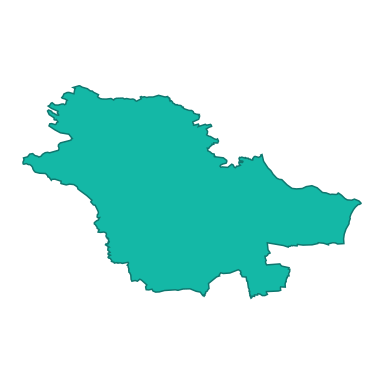 outline of Ardee Lea-6, Louth, Ireland
{"feature_id": "5873133B98086602368419", "entity_name": "Ardee Lea-6", "entity_type": "district", "adm_level": 2, "iso_a3": "IRL", "parent_name": "Ireland", "parent_adm1": "Louth", "projection": "robinson", "projection_center": [-6.488, 53.872], "detail": "fine", "context": "isolated", "style": "filled", "palette": "teal", "viewbox_px": 384, "rotation_deg": 0, "n_neighbors": 0, "source": "geoboundaries", "source_scale": "gbopen_adm2", "svg_char_len": 5953}
<svg xmlns="http://www.w3.org/2000/svg" viewBox="0 0 384 384"><path d="M204.1,296.2L205.0,295.1L204.6,294.4L205.5,293.6L205.6,292.2L207.4,290.9L207.9,289.6L209.0,288.6L208.5,283.5L216.6,276.9L219.6,275.9L219.2,275.1L220.7,272.8L223.3,273.5L229.9,273.0L238.3,269.7L240.6,271.1L240.5,271.7L241.0,272.7L240.4,273.8L241.2,274.6L242.2,276.7L246.2,277.1L246.7,281.0L247.5,281.2L248.4,287.8L249.2,289.0L249.1,291.4L249.7,291.4L249.6,293.5L250.3,295.3L249.9,295.4L251.0,298.2L251.9,297.5L252.1,296.2L254.5,296.4L254.4,295.0L257.6,295.0L257.6,294.1L257.9,293.7L260.3,294.2L262.3,295.6L264.8,295.6L267.4,294.4L266.5,292.8L266.4,291.6L278.4,291.0L280.7,290.3L280.4,287.9L280.6,286.9L285.3,287.1L285.1,283.9L285.7,281.8L286.7,281.7L285.9,281.4L286.7,277.8L287.3,277.7L287.5,276.1L289.7,275.8L289.0,275.8L288.6,273.7L289.7,271.5L289.8,269.3L288.5,269.1L289.0,267.7L282.1,266.2L281.1,265.6L279.9,263.9L266.6,264.9L265.7,263.1L265.5,261.6L266.2,260.5L265.3,258.3L265.0,256.2L266.2,256.2L267.5,255.2L268.4,253.6L269.9,253.3L269.9,252.5L268.0,249.8L267.3,242.8L283.4,245.5L288.2,247.1L288.4,246.4L290.1,246.3L291.7,245.4L292.3,245.8L293.2,245.5L297.1,245.9L297.4,244.4L303.0,245.1L312.2,244.8L317.9,243.5L318.2,242.7L323.5,243.2L328.4,244.8L328.3,243.9L332.7,242.7L335.4,242.9L337.6,244.0L343.9,243.6L343.6,238.9L344.2,234.3L346.0,229.0L349.0,223.8L349.1,221.7L350.2,218.7L349.9,217.2L351.0,214.1L353.4,209.7L355.3,207.2L358.1,204.6L359.5,204.4L361.0,203.5L360.8,202.8L359.0,201.0L354.4,199.1L351.7,200.2L347.3,199.9L344.9,198.5L341.5,195.2L338.4,193.0L337.3,193.6L337.9,193.6L337.8,193.9L336.1,194.5L332.0,194.2L330.4,194.5L326.1,192.9L322.5,192.5L317.2,187.8L311.9,185.7L306.3,186.6L302.3,188.5L296.4,188.9L292.0,188.4L287.1,184.9L281.8,179.6L279.1,179.3L276.7,178.1L273.0,174.1L270.9,170.7L268.0,168.0L263.6,161.3L262.0,154.5L260.7,155.1L261.1,155.9L260.3,156.6L258.6,157.4L255.2,156.4L254.3,156.6L252.6,158.8L252.9,159.8L252.5,160.1L251.3,160.0L249.9,159.0L249.1,159.2L248.0,158.1L247.1,158.4L245.4,157.6L245.3,158.2L241.8,157.1L240.1,157.7L239.7,157.4L239.0,158.3L239.6,160.7L242.6,161.1L242.9,161.3L242.8,161.9L242.4,162.5L238.9,162.2L239.1,163.9L240.4,165.3L237.6,166.3L236.8,166.1L235.4,167.7L234.4,167.3L233.0,164.8L231.7,164.2L227.8,167.4L222.1,166.9L220.9,167.3L220.0,166.1L220.6,165.1L222.8,164.0L226.1,163.2L226.8,161.7L226.7,160.4L223.3,157.8L214.4,156.7L214.3,156.3L215.0,156.2L214.3,155.5L214.2,154.1L211.8,153.5L210.4,152.1L207.7,150.7L207.8,149.7L207.3,148.2L208.8,148.3L209.6,147.0L212.1,144.9L212.0,144.3L213.8,144.3L213.7,142.9L217.7,143.0L218.5,141.1L217.5,138.9L216.5,139.5L214.4,138.9L210.4,136.5L208.8,136.2L206.6,134.8L207.4,133.2L207.6,131.4L206.2,129.0L209.2,127.2L211.6,126.4L211.3,125.2L210.5,124.4L206.6,125.2L205.3,124.3L198.3,126.6L198.9,125.4L198.4,124.1L193.8,125.3L193.5,125.1L193.6,123.9L192.8,122.9L192.8,121.9L198.6,119.3L199.5,116.8L199.6,115.9L198.7,115.6L199.2,114.5L196.3,114.2L193.7,113.1L193.2,111.6L191.7,110.5L188.9,110.4L184.3,108.8L183.3,108.0L183.3,107.2L182.3,107.3L181.9,106.4L180.8,105.5L177.9,105.2L177.0,104.6L176.4,104.9L175.0,104.6L174.7,104.0L172.6,102.8L172.5,102.0L171.4,100.8L170.9,100.6L170.2,101.2L169.5,99.8L170.0,99.2L169.5,98.0L168.5,97.9L167.7,96.5L165.1,97.0L158.6,95.3L153.2,97.0L148.9,97.0L146.8,97.5L144.2,96.7L142.7,97.2L141.3,96.5L140.3,97.0L141.2,98.8L136.5,101.2L135.2,100.5L134.8,99.7L132.9,99.0L130.5,99.3L126.6,98.5L124.5,99.0L122.9,98.1L116.3,98.3L114.5,99.0L113.7,100.0L111.0,98.5L106.3,99.1L102.3,99.0L100.3,98.6L98.3,97.4L97.6,96.6L98.5,94.7L93.6,92.3L92.4,91.1L90.3,90.9L87.4,88.7L82.2,87.2L79.8,85.8L78.9,85.8L73.1,87.5L75.2,88.5L74.8,89.1L73.9,93.8L68.9,92.4L67.1,92.5L64.0,93.9L62.9,96.3L61.7,97.6L62.2,98.2L65.0,99.0L67.2,100.3L66.5,100.9L65.7,104.1L64.5,104.7L63.6,104.0L62.0,104.0L58.2,105.1L55.0,105.0L52.1,102.7L50.9,103.4L49.8,105.2L48.2,106.1L51.5,108.4L58.1,111.3L57.3,113.0L58.6,114.4L58.6,115.3L56.4,114.9L53.8,113.2L52.4,112.9L51.7,111.4L49.2,110.2L48.5,110.0L47.5,111.0L49.2,114.6L54.1,117.8L54.1,119.6L55.2,120.1L56.2,119.5L58.0,121.9L56.6,122.8L56.1,124.1L55.2,124.6L51.6,123.6L49.8,123.8L49.0,125.9L54.8,129.8L60.4,132.8L68.8,134.2L72.3,138.6L71.3,139.0L70.9,140.2L60.4,142.9L58.5,144.7L58.3,146.3L58.9,147.5L59.0,149.0L58.4,150.3L49.6,152.8L47.6,152.3L45.2,152.7L42.4,154.4L41.2,156.1L38.8,157.1L37.8,156.3L34.8,155.5L32.7,153.6L29.7,154.1L27.6,156.8L23.5,157.9L24.0,159.8L23.0,162.1L23.1,163.8L23.8,164.2L26.3,163.6L28.4,164.6L29.8,164.6L31.2,165.6L32.4,167.0L33.0,169.1L33.9,170.7L35.2,172.1L39.5,173.2L45.5,173.5L47.7,175.7L47.8,176.8L49.3,177.4L51.3,180.3L52.1,179.3L55.0,179.2L61.1,181.2L60.9,183.4L61.2,183.6L66.2,184.9L69.7,184.1L73.9,184.6L77.2,186.8L78.1,189.2L86.7,195.5L91.9,200.2L90.8,201.9L93.4,204.9L95.2,205.3L98.2,211.5L98.4,212.7L98.1,214.1L97.4,214.6L97.1,217.0L98.0,217.8L99.6,217.6L98.2,220.1L96.7,220.7L94.4,222.6L94.3,223.9L95.4,224.7L97.2,227.5L97.1,228.2L99.2,229.8L98.4,230.9L98.1,232.1L100.6,232.4L103.9,232.0L105.8,232.8L106.5,234.0L106.0,235.9L106.3,237.0L107.8,237.9L108.0,238.3L107.6,238.6L108.5,238.9L108.3,239.7L108.6,240.1L108.7,241.4L109.2,241.7L109.0,242.2L108.3,242.3L108.6,242.6L107.9,243.3L108.1,243.7L107.1,243.8L106.5,244.5L106.0,244.0L105.5,244.8L109.1,247.1L108.1,247.4L107.8,250.1L110.0,252.3L108.1,253.2L108.1,254.3L110.3,255.2L108.4,256.3L108.6,257.2L108.2,257.4L108.6,258.0L110.3,258.5L111.8,260.7L111.5,261.4L114.2,262.4L114.4,263.1L116.5,262.6L117.2,263.0L117.8,262.7L118.1,263.1L120.4,262.8L122.3,263.4L128.0,262.3L128.5,263.0L128.3,263.9L127.2,265.2L128.1,265.8L128.3,267.5L129.0,269.0L128.7,269.8L129.0,272.3L129.7,272.7L130.8,275.1L131.1,279.4L131.9,281.2L135.2,280.5L137.4,281.2L139.8,279.2L141.5,280.1L146.8,284.9L145.6,286.9L146.2,289.7L148.8,289.9L152.0,289.2L153.0,291.0L155.6,292.1L159.3,291.9L164.5,290.5L175.3,289.8L178.0,290.3L183.1,289.0L190.1,288.8L196.2,291.3L200.3,292.1L202.6,295.3L203.0,295.0L203.3,295.7L204.4,295.6L203.9,295.9L204.1,296.2Z" fill="#14b8a6" stroke="#0f766e" stroke-width="1.5"/></svg>